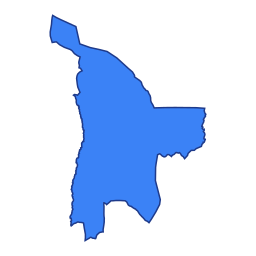 Akatsi North, Volta, Ghana
{"feature_id": "2480657B78562505377679", "entity_name": "Akatsi North", "entity_type": "district", "adm_level": 2, "iso_a3": "GHA", "parent_name": "Ghana", "parent_adm1": "Volta", "projection": "natural_earth1", "projection_center": [0.826, 6.311], "detail": "fine", "context": "isolated", "style": "filled", "palette": "blue", "viewbox_px": 256, "rotation_deg": 0, "n_neighbors": 0, "source": "geoboundaries", "source_scale": "gbopen_adm2", "svg_char_len": 5657}
<svg xmlns="http://www.w3.org/2000/svg" viewBox="0 0 256 256"><path d="M204.7,108.3L196.1,107.7L185.0,107.6L175.2,107.5L164.6,107.6L154.2,107.9L152.9,105.0L151.3,102.4L150.7,100.5L150.6,97.7L150.1,95.7L148.8,93.5L148.0,91.4L146.9,90.6L145.8,90.4L145.1,89.2L143.7,87.8L142.1,84.9L141.3,82.2L139.8,80.6L134.5,76.9L134.5,75.3L132.5,72.0L128.2,68.3L116.8,57.9L107.1,51.5L99.6,49.6L90.3,47.6L79.8,43.9L75.9,26.6L60.6,19.6L56.3,17.5L52.7,15.4L52.2,17.3L51.8,20.3L51.5,24.3L50.2,32.0L50.3,36.0L52.2,42.5L55.1,42.0L56.3,41.9L56.8,42.2L59.6,44.7L64.3,47.3L70.3,49.5L72.1,50.7L74.4,53.6L77.5,55.7L80.1,56.9L78.8,62.1L78.9,63.5L79.4,65.3L79.0,67.8L80.5,68.3L82.1,70.8L79.6,72.1L77.7,74.1L77.0,76.0L76.6,78.4L77.3,84.3L77.8,87.1L80.0,92.4L78.7,93.9L77.5,95.2L76.5,94.8L74.4,94.5L73.5,95.2L74.2,95.7L74.9,96.2L75.2,96.5L75.4,97.1L75.7,98.6L76.0,99.1L76.3,99.9L76.2,102.1L76.7,104.1L77.1,104.9L77.6,105.3L78.3,105.4L78.7,105.7L78.5,106.8L78.7,107.0L79.2,107.1L79.2,107.3L79.0,107.5L78.9,108.0L78.7,108.2L79.1,109.2L79.4,109.4L79.5,109.6L79.4,111.2L79.5,111.6L79.9,112.1L80.0,112.5L79.8,113.0L79.8,113.6L80.0,114.0L80.3,114.2L80.5,114.5L80.7,115.7L80.6,116.1L80.7,116.3L80.7,116.6L80.9,116.8L80.8,117.2L81.1,117.4L81.2,117.7L81.1,118.2L81.2,118.7L81.4,118.8L81.8,118.9L82.0,119.0L81.9,120.6L82.3,121.2L82.0,121.8L82.1,122.2L82.5,123.4L82.5,123.9L82.6,124.4L82.5,124.8L82.6,125.5L82.4,126.0L82.5,126.6L82.4,127.2L83.0,127.9L83.0,129.3L83.3,129.6L83.3,130.0L83.5,130.3L84.0,130.2L84.1,130.5L84.1,130.8L83.8,131.3L83.8,131.8L83.9,132.2L83.5,132.8L83.3,133.3L83.7,134.0L83.8,134.8L83.6,135.5L83.8,136.0L83.6,136.3L83.7,136.8L83.6,137.4L83.9,137.9L84.0,138.4L83.8,139.2L83.8,139.9L83.5,140.7L83.7,141.4L83.4,141.4L83.2,141.6L82.8,141.5L82.7,141.6L82.5,142.2L81.7,143.0L81.6,143.4L81.8,143.7L81.8,144.1L81.6,144.8L81.8,146.0L81.7,146.7L81.8,147.1L81.7,147.5L81.1,147.7L80.7,147.8L80.7,148.0L80.7,148.6L80.8,148.9L80.8,149.4L80.6,149.6L79.7,149.8L79.5,150.3L79.6,150.5L79.6,151.2L79.0,152.2L79.0,153.1L79.3,153.5L78.7,154.0L78.4,154.8L78.4,155.1L78.6,155.3L78.7,155.6L78.7,156.1L78.5,156.6L78.6,157.3L78.1,157.7L78.0,158.0L77.3,158.0L77.0,158.2L76.4,159.4L76.5,159.9L76.3,160.3L76.4,160.6L76.3,160.9L76.4,161.4L76.1,162.0L76.5,162.3L76.3,162.8L76.7,163.0L76.9,163.1L76.9,163.5L77.2,164.0L77.3,164.4L77.5,164.6L77.5,165.0L77.4,165.8L77.3,166.3L76.9,167.4L76.5,167.6L76.5,168.1L76.3,168.6L76.2,169.0L76.4,169.3L76.3,169.9L75.9,170.5L75.7,171.0L76.0,171.2L76.0,171.6L76.0,172.1L75.8,172.5L75.8,172.9L76.0,173.5L75.8,173.7L75.8,174.2L75.3,174.3L74.9,174.7L74.8,174.9L74.8,175.5L74.3,176.8L74.3,177.7L74.2,178.1L73.6,179.1L73.1,179.7L73.1,180.0L72.8,180.4L73.0,181.2L72.9,181.7L72.6,182.1L72.9,182.2L72.9,182.8L73.1,183.1L72.6,183.9L72.6,184.4L72.4,185.3L71.8,186.0L71.9,186.3L71.7,186.5L71.8,186.8L71.7,187.0L71.9,187.3L71.9,187.8L71.7,188.3L71.5,188.9L71.2,189.5L71.3,189.7L71.8,189.9L71.8,190.2L72.0,190.6L71.9,191.0L72.0,191.9L72.4,192.3L72.6,193.0L72.8,193.4L72.7,194.4L72.2,194.8L72.1,195.8L72.1,196.0L72.4,196.2L72.5,196.5L72.8,196.8L72.6,197.5L72.7,197.8L73.1,198.4L73.1,198.7L73.5,199.5L73.4,200.8L72.2,202.4L72.4,203.0L72.1,203.2L72.0,203.5L72.0,205.1L72.5,205.6L72.6,206.1L72.2,207.0L72.1,207.3L72.3,207.8L72.3,208.0L72.7,208.3L72.6,208.9L72.9,209.3L72.1,210.9L72.0,212.4L71.8,212.6L71.9,212.9L71.5,214.3L71.0,215.0L70.4,215.9L70.0,217.0L70.3,218.3L70.9,218.1L71.1,218.3L71.3,218.9L71.3,219.7L71.5,220.1L71.5,220.5L71.2,220.7L70.8,221.5L71.1,221.6L71.2,221.8L71.2,222.4L71.0,223.1L71.1,223.4L71.1,223.8L71.2,224.1L70.9,224.4L70.9,224.5L70.9,225.4L71.2,225.9L72.4,225.0L73.1,224.1L74.7,223.3L75.7,223.1L77.0,222.3L77.7,222.0L78.2,222.0L79.7,222.4L80.9,222.4L82.8,222.7L83.5,223.1L83.7,224.2L84.2,227.6L85.4,234.2L85.4,237.8L85.1,240.6L85.6,240.4L86.2,239.9L88.9,238.4L90.2,237.5L90.4,237.4L90.9,237.3L91.6,237.6L92.4,238.1L92.8,238.2L94.2,238.3L95.1,238.7L95.6,238.6L95.9,238.0L96.6,235.6L97.2,234.6L98.5,233.5L99.5,232.5L102.5,231.9L103.2,231.9L103.1,229.7L103.9,224.5L104.2,222.0L104.2,220.3L104.3,218.3L104.0,216.2L103.9,213.6L104.0,206.3L103.8,205.0L103.9,202.8L104.2,202.8L106.2,204.0L106.6,204.6L109.4,202.3L111.0,200.8L112.6,200.8L116.0,200.5L120.0,200.5L125.3,200.8L127.0,202.3L127.4,203.3L128.3,205.0L129.2,205.7L130.0,206.1L131.2,206.3L131.4,206.6L131.7,206.6L132.2,207.2L134.7,208.8L134.9,208.7L135.7,209.2L136.5,210.2L137.2,210.5L137.7,211.1L138.6,212.6L139.8,214.4L141.2,215.8L141.6,216.4L143.1,217.7L143.4,218.2L144.5,219.3L144.8,219.9L145.5,220.5L147.4,221.3L149.0,222.7L151.5,219.0L155.8,211.9L159.6,204.5L160.3,199.6L155.4,180.6L155.6,167.3L156.1,163.6L157.6,154.7L159.6,153.8L160.4,154.2L162.4,156.1L163.2,156.4L163.8,156.8L164.2,156.9L165.2,156.7L165.9,156.3L167.4,154.6L168.6,154.6L168.9,154.6L171.5,156.5L172.1,155.3L172.3,155.2L172.5,155.3L173.1,154.8L174.1,154.4L175.8,152.6L176.3,152.5L176.5,152.7L177.4,152.7L178.2,153.1L179.5,152.6L180.8,154.1L181.5,155.5L183.2,156.6L184.6,158.7L187.5,155.5L188.1,153.4L191.2,150.4L194.3,150.3L196.2,148.6L201.4,146.4L201.9,144.7L201.9,144.3L202.9,143.5L203.2,142.3L203.7,142.5L204.2,142.2L204.7,141.0L204.7,140.6L205.3,139.6L205.3,139.4L205.1,139.1L204.2,139.1L204.0,138.7L203.9,138.5L204.1,137.2L204.8,135.1L204.9,134.3L204.5,132.9L203.4,131.7L203.6,131.5L203.7,131.0L204.2,130.4L204.2,129.2L203.0,129.4L202.5,128.6L202.3,128.5L202.9,127.4L202.6,126.6L201.8,126.6L201.8,126.2L202.9,123.4L203.5,122.5L204.0,120.5L203.4,119.8L203.6,119.0L203.9,118.9L204.0,118.8L204.0,118.4L204.2,117.9L204.7,117.4L204.9,116.9L205.2,116.7L205.3,116.3L205.5,116.1L205.3,115.7L205.2,115.1L205.4,114.7L205.6,114.8L205.7,114.7L205.8,114.2L204.9,113.2L204.2,110.8L204.7,108.3Z" fill="#3b82f6" stroke="#1e3a8a" stroke-width="1.5"/></svg>